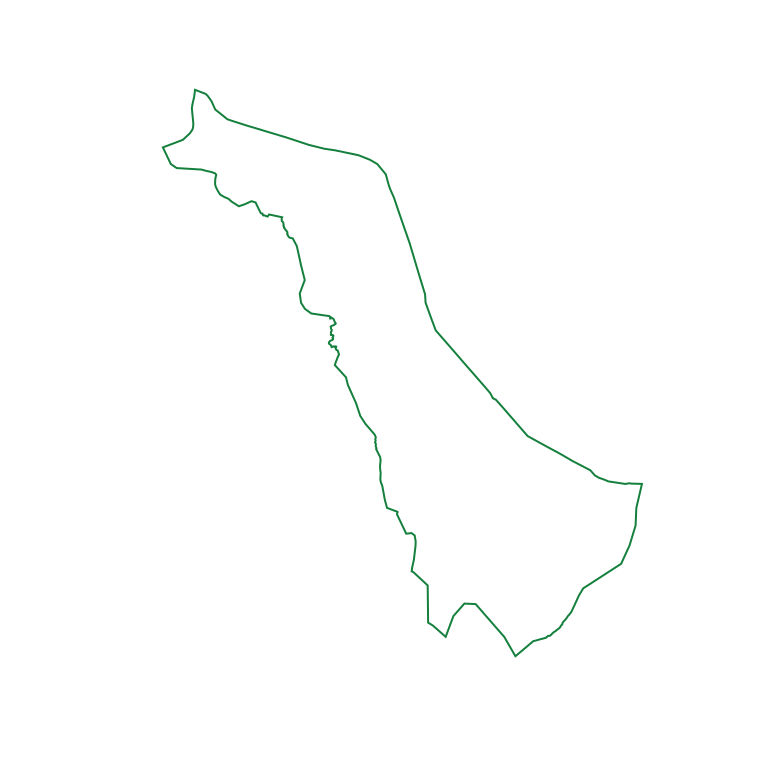 Arewa Dandi, Kebbi, Nigeria, rotated 108°
{"feature_id": "59680162B65662189989638", "entity_name": "Arewa Dandi", "entity_type": "district", "adm_level": 2, "iso_a3": "NGA", "parent_name": "Nigeria", "parent_adm1": "Kebbi", "projection": "orthographic", "projection_center": [4.072, 12.682], "detail": "fine", "context": "isolated", "style": "outline", "palette": "green", "viewbox_px": 768, "rotation_deg": 108, "n_neighbors": 0, "source": "geoboundaries", "source_scale": "gbopen_adm2", "svg_char_len": 4414}
<svg xmlns="http://www.w3.org/2000/svg" viewBox="0 0 768 768"><g transform="rotate(108 384 384)"><path d="M602.3,174.9L582.5,162.6L575.1,151.3L574.7,151.1L574.3,151.1L573.5,150.5L573.0,150.2L572.8,149.9L572.6,149.3L572.4,148.8L572.1,148.4L571.7,148.1L571.4,148.0L571.0,147.7L570.8,147.5L570.2,147.3L569.7,147.0L569.3,146.9L568.9,146.6L568.2,146.3L567.8,146.0L567.2,145.6L566.8,145.2L566.3,144.8L565.9,144.4L565.0,144.0L564.1,143.3L563.3,142.8L562.5,142.1L561.9,141.8L560.9,141.3L559.9,141.2L558.8,140.9L558.2,140.5L557.6,140.2L557.1,140.3L556.5,140.3L556.1,140.3L555.8,140.3L555.5,140.2L555.0,140.1L554.4,139.8L553.7,139.5L552.8,139.0L551.9,138.7L551.1,138.3L547.6,137.3L546.8,136.8L545.5,136.3L544.3,135.9L543.7,135.7L543.0,135.4L532.3,134.1L525.1,133.3L516.8,131.4L481.7,102.9L461.7,100.6L440.8,101.0L424.0,105.7L399.3,107.8L402.2,117.7L402.7,120.2L404.5,123.7L407.3,140.6L407.3,141.3L407.1,142.0L406.8,147.4L406.8,148.6L406.8,149.3L406.7,149.6L406.8,150.1L406.8,150.4L406.8,150.5L406.7,150.6L406.7,150.8L406.6,151.1L406.6,151.4L406.5,151.9L406.4,152.4L406.1,153.4L405.8,155.2L402.3,161.1L399.0,180.9L396.4,192.7L395.4,197.9L392.7,212.7L389.2,231.0L389.0,231.5L369.0,264.8L364.3,272.9L364.2,274.5L364.0,274.8L363.9,275.5L363.9,276.1L363.6,276.3L359.9,280.1L357.3,284.3L354.1,289.6L342.9,308.3L338.6,315.5L335.3,320.9L330.0,329.7L317.0,351.4L309.8,357.1L302.7,362.7L293.8,369.6L286.1,372.6L269.7,384.1L242.2,403.1L217.8,421.6L203.7,432.1L199.6,435.8L196.1,438.9L193.0,441.2L184.0,447.1L176.9,458.3L176.0,462.3L175.1,466.6L174.3,478.9L176.9,502.9L178.7,513.5L179.8,529.3L179.7,552.3L180.2,576.3L180.6,594.2L180.7,608.9L180.6,614.8L175.1,629.3L174.9,629.5L168.2,635.6L164.7,640.4L164.4,640.9L163.2,643.2L162.6,654.6L169.5,653.3L176.3,652.7L181.0,652.0L185.2,650.2L191.1,647.6L195.3,645.8L198.8,644.9L201.4,644.8L205.8,646.2L214.0,650.8L227.3,667.4L240.7,654.7L242.7,647.9L236.5,624.0L236.2,618.5L235.7,613.4L235.9,609.7L236.8,608.2L240.7,607.9L246.0,606.5L248.6,604.8L251.8,601.6L254.5,598.3L255.5,593.7L255.9,589.3L257.7,585.1L259.8,576.9L256.2,572.1L251.1,566.5L251.0,562.3L259.3,554.3L259.7,553.3L259.7,552.9L259.5,552.2L260.1,551.8L260.6,551.3L260.9,551.2L261.0,550.8L260.8,550.5L260.7,550.2L260.6,549.8L260.6,549.4L260.5,549.1L260.6,548.7L260.8,548.3L260.7,548.1L260.7,547.7L260.7,547.2L260.7,546.8L260.7,546.4L258.3,545.7L256.9,532.4L257.7,532.5L258.4,532.4L259.2,532.1L260.4,531.7L261.3,530.1L261.8,529.6L262.4,529.3L263.1,529.0L263.8,528.5L264.1,528.6L264.6,528.6L265.1,528.1L265.5,527.6L266.3,527.4L266.5,526.7L267.0,526.4L267.7,525.5L268.0,524.5L268.7,524.1L269.3,522.9L270.3,522.5L271.2,522.5L271.5,521.9L272.4,521.5L273.8,519.6L274.0,518.5L273.7,515.8L279.7,509.6L282.2,508.1L297.2,499.3L309.6,491.5L323.9,492.1L332.4,488.0L337.0,482.4L339.4,474.9L336.4,457.3L336.8,455.5L337.3,455.5L337.9,455.7L338.4,455.4L337.9,454.7L337.3,454.0L337.5,453.3L337.6,452.4L338.4,451.5L339.3,450.8L340.0,450.2L340.7,449.5L341.1,448.7L342.0,448.7L342.8,449.5L343.8,450.3L344.4,451.1L345.1,451.8L345.6,452.2L346.1,452.4L346.5,452.0L347.6,451.6L348.2,451.1L348.7,450.4L349.8,450.2L350.8,450.5L351.6,450.4L352.4,450.0L353.0,449.9L353.6,449.8L353.8,449.4L353.5,448.8L353.5,448.3L353.3,447.9L353.8,447.0L354.4,447.1L355.2,447.0L355.9,447.3L356.6,446.5L357.4,446.3L358.1,446.8L358.9,447.7L359.7,448.5L360.3,448.9L361.0,449.1L361.6,449.2L362.2,449.0L362.8,448.5L363.0,447.7L363.2,446.9L363.6,446.6L364.0,446.0L364.4,445.6L365.1,445.2L364.5,444.4L363.8,443.7L363.7,443.3L364.0,442.8L364.0,442.3L363.5,442.1L363.5,441.5L363.2,441.4L363.2,441.0L363.8,440.9L364.5,441.1L365.0,441.0L365.8,440.5L366.4,439.5L366.3,438.7L367.2,437.8L368.4,437.0L368.9,436.6L369.6,436.0L370.3,435.9L371.2,436.2L371.7,436.1L373.3,436.4L375.3,436.4L377.4,436.6L381.2,436.6L389.4,422.2L396.0,418.1L404.1,410.8L410.7,404.8L421.7,396.7L427.7,389.3L434.9,377.4L437.2,375.3L439.3,375.2L440.6,374.4L441.8,374.5L442.6,374.3L442.9,373.7L443.9,373.0L444.8,373.0L445.9,372.5L447.5,371.2L448.3,371.4L454.7,365.1L457.5,363.7L463.5,362.4L467.6,360.7L469.6,359.7L476.2,357.9L478.9,356.3L479.5,355.7L481.7,354.0L493.9,347.4L500.9,342.8L500.9,342.7L501.4,331.7L502.1,331.5L503.9,331.4L519.5,316.6L517.3,311.8L518.5,308.1L523.5,305.4L527.8,304.1L542.2,301.2L549.2,300.6L553.6,299.8L553.9,297.8L562.1,280.2L597.3,268.3L598.6,262.9L605.4,247.2L583.3,246.3L568.0,239.7L565.0,228.8L574.9,212.3L587.4,191.4L602.3,174.9Z" fill="none" stroke="#15803d" stroke-width="2"/></g></svg>